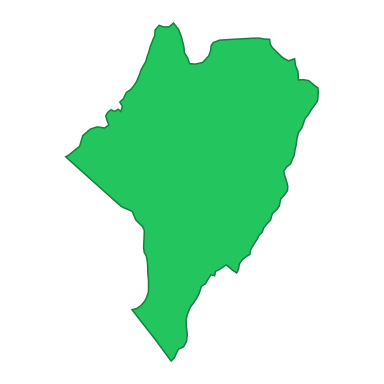 Planalto, São Paulo, Brazil
{"feature_id": "56859067B8552531389253", "entity_name": "Planalto", "entity_type": "district", "adm_level": 2, "iso_a3": "BRA", "parent_name": "Brazil", "parent_adm1": "São Paulo", "projection": "equal_earth", "projection_center": [-49.934, -21.02], "detail": "fine", "context": "isolated", "style": "filled", "palette": "green", "viewbox_px": 384, "rotation_deg": 0, "n_neighbors": 0, "source": "geoboundaries", "source_scale": "gbopen_adm2", "svg_char_len": 2047}
<svg xmlns="http://www.w3.org/2000/svg" viewBox="0 0 384 384"><path d="M318.0,87.9L314.4,85.4L308.7,80.6L303.5,79.7L298.4,79.9L298.0,71.6L295.5,65.5L294.6,58.7L288.7,60.8L285.3,59.2L282.3,57.3L278.6,53.8L272.5,47.8L270.2,44.2L269.6,39.3L264.5,39.1L259.3,38.1L252.7,38.2L227.9,39.6L219.3,40.2L213.1,42.6L211.1,45.9L210.4,51.5L208.7,55.9L202.8,62.3L199.6,63.2L195.0,64.1L189.5,63.6L187.6,57.8L184.5,53.1L183.8,46.2L181.3,36.5L178.6,29.6L173.5,23.0L169.2,26.8L163.8,27.0L159.2,25.3L155.1,30.0L154.8,35.6L152.9,39.8L150.2,46.8L148.7,52.4L147.0,56.9L145.9,61.3L143.9,64.8L141.3,69.3L139.4,74.8L136.8,81.1L133.5,86.3L130.4,89.8L126.4,92.4L123.4,98.7L119.8,102.1L122.4,106.4L120.8,111.5L118.2,109.2L114.6,111.5L111.1,109.7L107.7,112.4L105.7,115.9L107.0,120.4L108.8,125.0L104.6,128.0L97.8,126.9L94.7,127.6L90.2,129.2L86.2,132.7L82.8,135.6L79.6,146.3L75.2,149.8L72.1,152.3L68.8,155.1L65.7,156.8L92.5,180.9L121.0,206.3L124.5,208.1L128.0,209.5L132.3,211.5L135.8,220.0L139.4,223.6L142.6,226.6L144.3,230.6L144.1,237.1L143.8,243.4L143.6,248.1L144.3,252.5L146.2,255.7L147.3,261.4L147.7,267.7L147.9,274.2L148.5,280.3L148.5,286.6L148.4,292.2L146.6,297.5L144.8,301.0L141.0,305.5L136.7,308.5L132.0,309.7L155.6,340.0L171.1,361.0L174.4,357.8L176.5,353.0L178.4,349.3L183.5,346.8L186.4,341.9L187.3,334.7L186.4,326.5L186.1,320.7L187.3,314.3L190.4,307.1L193.9,302.4L196.9,297.8L199.3,293.1L201.3,286.4L205.4,283.8L208.0,279.3L211.0,274.7L214.6,275.8L215.6,271.4L219.2,269.6L222.6,267.4L226.1,264.9L229.0,267.0L232.0,269.8L236.7,273.0L238.6,269.0L239.3,264.1L242.1,259.9L246.1,256.7L249.9,254.4L250.6,249.7L253.5,244.8L257.0,239.5L259.1,235.3L262.2,232.2L263.8,227.7L267.1,223.7L270.6,220.0L272.4,213.5L276.4,210.0L279.2,206.3L280.7,199.1L284.3,195.1L287.5,190.6L287.8,186.2L286.5,181.1L284.7,175.5L283.8,171.0L286.5,167.2L290.4,164.0L292.5,159.1L294.3,155.1L295.1,149.5L296.3,144.4L296.9,138.8L298.4,132.7L301.5,128.5L303.3,123.9L304.9,118.8L308.7,114.0L312.1,108.5L315.5,104.0L317.6,100.5L318.3,93.3L318.0,87.9Z" fill="#22c55e" stroke="#15803d" stroke-width="1.5"/></svg>